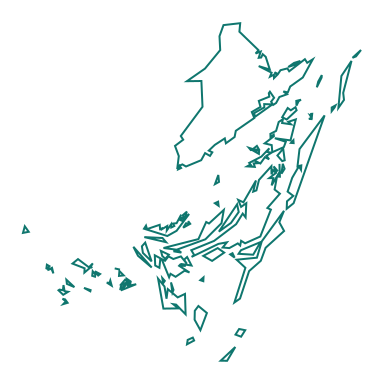 Van Don, Quảng Ninh, Vietnam (Albers equal-area conic projection)
{"feature_id": "81297802B23156291808671", "entity_name": "Van Don", "entity_type": "district", "adm_level": 2, "iso_a3": "VNM", "parent_name": "Vietnam", "parent_adm1": "Quảng Ninh", "projection": "albers", "projection_center": [107.384, 20.984], "detail": "fine", "context": "isolated", "style": "outline", "palette": "teal", "viewbox_px": 384, "rotation_deg": 0, "n_neighbors": 0, "source": "geoboundaries", "source_scale": "gbopen_adm2", "svg_char_len": 6061}
<svg xmlns="http://www.w3.org/2000/svg" viewBox="0 0 384 384"><path d="M177.2,169.1L179.2,165.8L182.4,164.4L186.0,166.5L201.2,160.2L205.1,153.1L210.0,155.9L212.3,152.3L208.8,150.6L214.8,144.9L224.8,138.4L225.9,143.3L234.6,137.0L235.8,130.8L254.3,118.0L251.8,112.0L260.5,106.9L258.8,100.9L269.3,96.7L268.8,93.2L269.9,91.7L274.1,97.8L271.1,101.7L273.2,104.9L276.1,103.0L279.4,97.0L287.0,94.3L283.4,91.4L287.8,92.4L290.2,86.5L302.8,77.5L312.8,59.3L307.2,62.8L304.9,59.2L289.2,71.3L287.4,68.4L280.5,70.2L278.0,74.0L274.6,72.3L276.9,75.2L274.0,78.1L273.9,74.7L270.0,76.7L271.6,72.7L258.7,66.1L269.8,69.5L265.7,56.8L262.7,54.2L261.2,57.5L258.7,57.8L260.7,51.6L255.6,53.5L258.5,50.2L239.4,31.7L240.2,23.2L223.5,25.1L219.5,36.2L220.2,50.1L205.0,68.6L186.9,81.2L201.4,81.0L202.5,106.8L180.8,136.0L183.2,139.7L175.0,145.9L178.8,156.1L177.2,169.1ZM279.9,176.7L279.5,163.9L279.6,171.9L271.6,185.4L273.3,178.1L269.3,178.1L275.9,173.0L273.2,170.2L271.5,174.3L271.4,166.2L259.0,179.9L256.4,190.4L253.2,191.6L256.0,180.5L243.4,202.3L238.2,199.9L241.1,206.9L246.3,203.2L245.6,217.4L242.7,213.6L236.1,224.2L214.1,240.9L191.3,250.2L194.2,255.0L191.6,256.9L218.4,243.9L226.9,242.3L222.7,247.5L229.3,248.1L237.8,243.4L240.2,245.5L241.1,240.8L245.1,243.3L260.3,236.5L270.9,209.6L267.4,208.0L279.9,193.7L274.6,189.5L277.0,176.5L279.9,176.7ZM293.6,203.2L324.6,115.4L299.5,149.1L297.5,166.3L301.3,165.4L301.0,169.8L299.9,167.8L298.1,167.6L292.2,177.8L287.6,191.6L293.3,195.9L287.0,201.3L286.7,208.8L293.6,203.2ZM284.0,210.8L261.8,241.3L256.9,257.7L236.6,259.7L245.4,267.8L234.4,302.5L240.0,298.6L249.1,271.1L260.8,260.8L265.6,247.8L284.1,231.0L279.3,222.3L284.0,210.8ZM295.8,119.4L288.3,121.8L291.0,124.3L282.1,123.0L282.9,119.2L278.7,122.0L276.1,130.9L270.4,133.8L270.5,136.8L273.7,134.7L273.9,136.2L264.7,143.4L271.7,145.1L272.3,152.2L283.8,147.1L285.8,141.8L274.8,138.2L290.5,140.4L295.8,119.4ZM165.0,260.8L154.8,255.3L155.2,265.5L159.4,267.8L160.3,259.0L162.0,259.9L169.1,277.3L170.5,273.8L175.6,276.8L184.6,270.7L189.5,272.5L179.1,265.8L180.3,264.5L181.3,264.0L191.5,265.5L187.1,257.0L184.1,259.7L186.9,263.8L180.9,256.4L173.3,259.0L168.5,256.4L165.0,260.8ZM223.8,209.9L209.0,223.5L206.2,222.0L198.4,239.1L163.5,248.0L176.7,249.7L205.4,239.3L221.5,223.2L223.8,209.9ZM166.5,298.7L164.5,286.5L158.1,278.7L163.4,308.6L178.3,308.4L173.2,304.2L176.1,304.6L185.6,314.3L185.0,293.9L177.7,297.4L167.8,289.1L166.5,298.7ZM184.7,217.4L186.9,211.6L182.8,215.2L183.9,217.5L183.0,221.2L179.9,219.9L183.2,217.8L179.8,217.4L181.2,214.6L176.6,223.2L172.9,223.6L174.3,226.0L171.3,227.5L171.1,224.3L166.8,230.5L167.2,226.0L160.5,230.1L163.3,227.8L160.1,229.1L159.7,224.8L147.0,229.1L146.0,225.6L144.0,228.7L167.3,236.0L176.6,230.8L189.1,214.0L184.7,217.4ZM344.0,99.9L343.2,92.9L351.5,60.9L341.4,76.0L338.4,107.9L344.0,99.9ZM206.9,313.0L198.4,306.0L194.8,310.8L194.6,319.7L200.4,330.2L206.9,313.0ZM238.7,212.0L237.1,204.3L218.9,231.6L231.0,222.9L238.7,212.0ZM224.2,252.6L217.7,248.1L203.3,255.9L212.1,260.9L224.2,252.6ZM269.3,148.3L261.4,156.6L249.2,162.9L251.8,166.1L249.7,164.9L247.1,166.4L254.8,166.9L253.7,163.4L257.7,163.2L254.7,160.6L260.4,163.5L264.9,157.2L269.1,159.3L266.5,155.8L271.5,152.7L266.9,151.9L269.3,148.3ZM260.5,242.1L241.0,250.2L238.6,253.8L253.2,254.7L260.5,242.1ZM296.6,110.3L295.5,107.2L290.8,110.3L287.7,108.0L282.2,117.2L286.7,119.5L296.6,110.3ZM272.4,104.4L264.2,104.1L264.3,107.4L254.2,113.1L255.0,116.8L272.4,104.4ZM145.2,242.6L141.9,246.3L142.9,252.9L151.6,261.4L145.2,242.6ZM89.8,268.0L78.0,259.1L72.5,263.6L84.6,268.3L84.4,272.6L89.8,268.0ZM162.5,238.0L144.3,237.1L166.1,242.2L162.5,238.0ZM151.7,267.5L133.4,246.8L138.0,255.8L151.7,267.5ZM227.1,360.8L235.3,347.0L220.7,360.7L227.1,360.8ZM130.7,281.5L126.8,278.8L127.1,280.7L129.2,281.9L127.7,286.5L127.6,283.7L121.2,285.1L120.5,288.3L126.0,285.1L120.8,290.4L136.2,284.2L130.0,285.5L130.7,281.5ZM245.2,330.2L239.1,329.0L235.5,334.6L241.1,336.7L245.2,330.2ZM283.2,148.7L277.4,155.5L282.2,161.1L284.7,160.3L283.2,148.7ZM192.8,337.6L187.7,339.9L187.0,344.3L194.1,340.5L192.8,337.6ZM64.6,291.2L63.5,285.1L62.9,290.2L59.5,289.6L58.5,290.3L63.2,294.8L68.1,291.8L64.6,291.2ZM256.9,145.9L252.9,149.1L248.9,147.8L250.8,150.1L258.9,149.3L256.9,145.9ZM74.4,287.1L66.4,279.7L66.9,283.9L74.4,287.1ZM168.9,254.7L160.9,250.9L162.3,256.0L165.3,258.8L168.9,254.7ZM300.3,61.0L294.1,62.9L288.2,67.0L297.2,64.0L300.3,61.0ZM352.5,57.8L356.0,56.4L361.0,50.0L352.5,57.8ZM219.0,181.9L218.3,175.0L215.0,184.1L219.0,181.9ZM190.2,223.8L188.2,221.1L189.2,223.7L186.0,223.3L183.2,227.7L190.2,223.8ZM301.0,99.7L296.3,100.9L296.5,105.6L298.6,101.2L301.0,99.7ZM173.5,289.9L171.0,282.4L172.4,292.5L173.5,289.9ZM123.7,275.4L119.4,271.0L119.0,275.9L123.7,275.4ZM281.5,173.7L284.6,168.8L282.8,163.8L281.5,173.7ZM28.7,231.8L24.8,226.3L23.0,232.9L28.7,231.8ZM111.7,285.7L110.3,280.5L109.5,282.9L106.8,282.6L111.7,285.7ZM277.2,170.5L273.7,166.4L276.1,171.9L277.2,170.5ZM65.1,299.4L62.5,298.8L65.9,301.3L63.3,304.1L67.6,302.8L65.1,299.4ZM127.6,282.6L125.1,279.7L121.5,283.9L127.6,282.6ZM52.0,267.8L47.4,270.2L51.4,268.7L53.4,273.4L52.0,267.8ZM90.6,290.1L84.0,287.9L90.3,291.3L90.6,290.1ZM312.2,113.8L311.1,113.9L310.9,115.7L310.1,115.3L311.6,117.8L308.9,118.9L311.6,119.1L312.2,113.8ZM181.3,252.6L177.7,249.9L173.5,251.3L181.3,252.6ZM200.3,280.2L203.3,281.2L203.5,277.4L200.3,280.2ZM331.7,111.2L334.6,107.5L335.5,105.4L331.7,107.5L331.7,111.2ZM232.5,253.2L230.2,254.4L234.6,257.6L232.5,253.2ZM92.8,263.4L90.2,266.0L92.1,268.1L90.9,266.4L92.8,263.4ZM178.3,169.3L181.1,168.0L179.5,165.8L178.3,169.3ZM164.8,280.9L162.3,278.0L163.1,283.3L164.8,280.9ZM183.3,264.6L179.4,265.7L185.7,265.9L183.3,264.6ZM291.0,142.9L293.6,143.1L293.4,140.2L291.0,142.9ZM92.7,271.2L92.2,275.8L95.0,276.7L95.4,274.7L92.7,271.2ZM218.6,205.8L218.1,201.7L214.9,203.2L218.6,205.8ZM258.9,153.9L259.1,150.5L254.0,151.1L258.9,153.9ZM100.1,274.0L94.9,271.3L98.2,275.5L100.1,274.0ZM316.8,87.3L321.6,77.6L321.8,75.1L318.2,81.6L316.8,87.3ZM117.0,268.9L114.7,268.4L120.0,269.6L117.0,268.9ZM46.9,264.7L46.4,268.4L47.5,268.9L49.5,266.2L46.9,264.7Z" fill="none" stroke="#0f766e" stroke-width="2"/></svg>